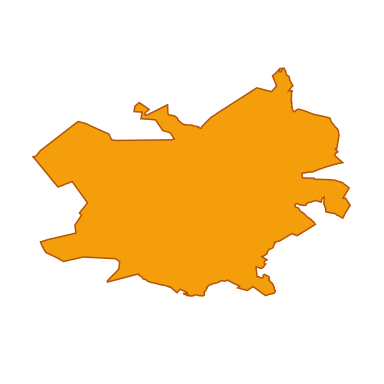 Las Rosas, Chiapas, Mexico, rotated 263°
{"feature_id": "50627088B5732742459943", "entity_name": "Las Rosas", "entity_type": "district", "adm_level": 2, "iso_a3": "MEX", "parent_name": "Mexico", "parent_adm1": "Chiapas", "projection": "equal_earth", "projection_center": [-92.384, 16.369], "detail": "fine", "context": "isolated", "style": "filled", "palette": "amber", "viewbox_px": 384, "rotation_deg": 263, "n_neighbors": 0, "source": "geoboundaries", "source_scale": "gbopen_adm2", "svg_char_len": 5944}
<svg xmlns="http://www.w3.org/2000/svg" viewBox="0 0 384 384"><g transform="rotate(263 192 192)"><path d="M246.3,38.4L243.3,40.6L234.3,46.2L233.8,46.7L230.6,48.5L229.3,49.5L219.2,55.7L213.3,59.6L213.5,60.3L214.1,63.7L214.4,64.2L215.5,68.3L216.9,74.4L193.9,87.0L184.9,77.7L182.3,79.4L173.4,71.7L165.4,71.8L164.4,62.8L162.6,45.3L162.2,42.6L160.9,35.5L156.8,36.6L149.8,39.5L143.2,50.0L138.7,55.8L140.7,76.2L135.3,107.0L135.0,108.1L131.6,111.7L124.3,109.9L114.1,97.1L112.9,97.2L117.2,128.8L117.0,129.1L116.6,129.2L116.3,129.1L115.8,129.3L115.5,129.6L115.4,129.9L115.1,130.1L114.1,131.7L113.7,131.9L112.6,132.3L111.9,132.7L111.5,133.3L111.0,135.2L110.9,135.4L110.2,135.7L109.9,136.0L108.7,137.5L107.9,139.0L107.6,139.5L107.2,140.5L107.0,141.5L106.0,143.9L105.1,146.7L104.4,147.8L104.2,148.7L103.5,150.4L103.0,152.0L103.0,152.5L102.4,154.1L100.4,158.0L100.9,158.5L93.8,164.7L96.9,168.4L94.7,172.0L93.2,174.4L92.9,174.9L92.7,175.0L92.3,173.1L92.2,173.1L92.3,171.4L91.2,171.8L91.8,173.2L91.6,174.1L91.4,174.2L91.2,174.7L91.3,175.0L90.8,175.2L90.5,174.6L90.9,174.3L90.4,173.9L90.1,173.9L89.9,174.1L89.9,175.1L89.4,176.2L89.8,176.4L89.6,176.8L89.3,177.1L89.0,177.7L88.7,179.1L89.0,181.4L89.5,183.4L89.4,184.2L89.3,184.7L89.0,185.1L88.6,185.4L88.4,186.4L88.2,186.7L88.1,187.1L88.0,188.0L87.8,188.9L87.6,189.3L87.7,190.2L87.9,190.8L87.7,191.2L87.8,191.4L88.8,191.9L90.2,191.8L90.8,192.1L91.2,192.1L91.6,192.4L92.1,193.2L93.1,194.0L94.1,194.5L94.4,195.0L94.7,195.2L94.9,195.0L95.4,195.0L95.6,195.2L95.7,195.6L96.0,196.0L96.3,196.1L97.5,197.4L97.6,197.9L97.6,198.5L97.8,199.8L98.2,200.4L98.3,200.7L98.5,201.6L98.4,202.3L99.0,206.5L99.3,207.1L99.5,207.9L100.1,209.4L100.4,210.4L100.3,211.0L99.7,212.9L99.5,214.2L99.6,215.0L100.1,215.8L100.3,216.3L92.6,227.7L91.3,225.6L87.5,234.9L90.7,241.0L80.2,252.3L80.8,255.3L81.2,257.8L81.2,259.5L81.6,260.7L81.8,261.6L83.4,262.7L83.7,262.8L84.2,262.5L85.0,262.3L85.3,262.1L86.2,261.8L86.9,262.0L87.8,261.9L88.2,261.6L90.3,261.1L90.7,260.6L91.2,260.7L92.1,260.2L92.5,259.6L93.7,258.9L94.4,257.9L94.9,257.7L95.4,257.7L95.7,258.1L95.8,258.1L98.1,258.2L98.5,258.0L99.0,257.4L99.8,256.2L99.9,255.8L100.0,255.4L100.7,254.9L101.2,254.3L101.3,253.7L101.2,253.3L100.9,252.8L100.6,252.6L100.4,252.5L99.6,252.3L99.1,252.3L98.8,252.2L98.5,251.9L98.3,251.7L98.2,251.2L98.3,250.1L98.5,249.6L98.8,249.1L99.2,248.8L99.7,247.9L99.9,247.6L100.1,246.3L109.8,246.4L109.8,246.8L109.4,248.1L108.6,249.4L107.9,250.4L107.8,250.8L108.0,251.3L107.8,251.7L107.9,252.4L108.9,254.1L109.8,254.5L110.5,255.0L111.1,256.1L111.5,256.4L111.6,255.7L111.8,255.5L112.6,255.0L113.9,255.2L114.6,255.8L115.0,257.1L115.6,258.2L118.8,253.9L119.1,253.9L119.4,253.5L119.7,255.2L120.1,255.8L120.2,256.2L120.5,257.0L120.8,257.4L121.0,258.0L121.7,258.9L123.4,259.7L123.8,260.0L124.4,260.3L124.7,260.5L125.1,260.9L125.8,262.1L126.3,264.4L126.9,265.4L127.6,266.0L129.2,266.8L131.0,268.1L131.9,267.6L132.2,269.4L132.4,270.1L132.6,271.8L132.9,273.5L138.5,286.1L135.8,291.0L144.8,310.5L147.2,309.3L151.6,305.4L152.0,304.7L152.5,304.3L153.0,303.4L153.7,302.9L155.3,301.8L155.9,301.5L156.7,300.6L156.9,300.5L157.2,300.0L157.7,299.8L158.3,299.2L159.3,297.7L160.4,296.9L160.9,296.8L161.3,296.4L161.6,296.3L162.9,295.9L163.7,294.9L163.8,294.3L164.2,293.4L164.7,292.9L166.3,292.5L166.9,292.6L167.8,295.1L166.3,296.9L166.1,297.6L165.3,300.1L165.0,302.0L165.1,302.8L165.0,303.4L165.2,303.8L166.0,304.0L166.6,304.4L166.9,304.9L166.9,305.5L167.0,305.7L167.2,306.5L167.4,308.6L168.5,313.6L168.5,314.1L168.4,314.5L167.6,315.4L167.2,316.4L167.1,317.1L166.2,318.5L166.2,319.0L166.8,319.5L168.6,319.7L169.1,320.0L169.9,320.9L171.0,322.5L167.3,322.1L166.4,321.8L164.2,321.4L161.9,322.0L158.9,322.6L155.9,322.5L154.5,326.7L153.0,331.6L151.6,332.8L150.1,335.3L147.7,338.5L149.2,339.6L151.8,341.0L159.5,347.4L163.3,345.5L167.1,343.7L167.4,341.1L176.9,348.5L183.3,342.0L186.4,335.0L187.7,328.5L189.2,319.0L189.3,317.1L189.8,315.2L190.7,315.1L191.3,311.5L191.9,307.4L192.5,303.4L197.1,303.4L197.5,311.0L197.2,314.2L198.8,319.8L199.4,322.8L200.4,327.3L201.2,332.0L202.2,338.6L202.8,345.2L203.8,344.4L204.0,344.0L204.5,343.7L204.7,343.4L205.9,342.6L206.0,342.3L207.2,341.3L210.8,338.2L212.8,339.0L213.2,339.6L213.0,339.8L214.0,341.7L217.2,339.5L217.3,339.8L217.5,339.8L217.3,340.9L230.5,344.9L236.1,344.5L240.0,341.6L241.2,341.0L244.4,338.9L247.6,338.1L248.7,337.7L249.1,336.7L251.4,330.6L254.2,322.5L255.1,320.5L258.5,314.4L259.6,311.9L261.4,307.3L259.2,303.0L259.4,302.6L260.0,302.3L260.4,302.2L260.9,301.9L263.3,301.7L264.0,301.3L264.3,301.7L265.2,301.6L267.8,301.8L268.7,302.0L268.7,301.4L276.0,302.6L278.9,302.9L279.5,303.8L280.5,303.4L280.2,302.5L280.7,301.2L280.5,300.3L284.7,304.3L284.8,305.0L285.4,305.0L285.5,304.8L285.8,304.8L288.5,303.7L290.9,302.8L294.6,302.4L295.0,302.2L297.0,299.9L297.7,299.7L298.5,299.8L300.5,299.7L302.7,298.7L303.6,298.6L303.8,295.2L302.7,295.8L301.8,296.0L301.2,295.7L301.0,295.4L300.9,295.0L300.4,294.8L300.5,293.9L300.6,293.7L303.3,293.7L299.2,288.9L298.0,286.9L297.6,286.1L286.8,288.9L281.9,283.0L287.5,269.0L266.6,225.6L266.0,224.8L264.1,220.5L262.5,218.3L258.7,213.4L257.4,211.9L257.1,211.7L256.7,211.2L256.5,210.7L256.2,210.3L255.9,210.2L255.7,209.8L255.5,209.6L254.3,209.2L254.2,208.9L254.1,208.5L254.3,207.8L254.6,207.5L254.9,207.4L255.6,206.4L256.0,206.2L256.2,205.9L256.3,205.0L256.9,203.6L257.3,202.2L257.4,201.4L257.6,201.0L258.3,200.6L258.4,200.3L259.1,195.5L259.7,193.3L260.5,191.5L262.4,189.2L265.7,186.8L267.3,186.3L268.2,185.6L269.6,183.9L270.3,182.0L271.5,178.0L273.5,177.7L281.6,178.4L276.1,163.1L275.2,160.3L273.9,156.5L273.8,155.5L274.1,154.9L274.7,154.7L275.3,154.6L276.1,155.2L277.2,156.3L278.0,157.9L279.2,159.5L287.2,150.5L284.4,146.2L283.5,145.6L278.9,144.3L277.3,152.3L270.9,150.3L269.5,158.0L268.0,164.6L256.5,170.5L253.8,177.1L251.5,178.6L246.8,180.8L246.3,177.6L252.3,123.8L253.5,118.6L259.7,116.5L269.5,100.2L273.0,94.7L275.9,87.5L251.5,46.5L246.7,41.7L246.3,38.4Z" fill="#f59e0b" stroke="#b45309" stroke-width="1.5"/></g></svg>